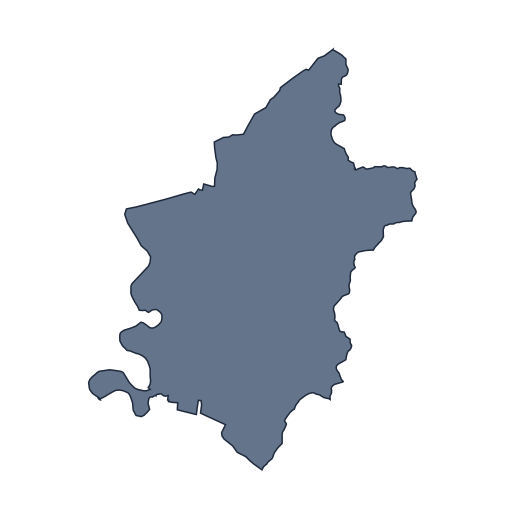 outline of Birchis, Arad, Romania, rotated 275°
{"feature_id": "2599482B17966040812815", "entity_name": "Birchis", "entity_type": "district", "adm_level": 2, "iso_a3": "ROU", "parent_name": "Romania", "parent_adm1": "Arad", "projection": "orthographic", "projection_center": [22.196, 45.958], "detail": "fine", "context": "isolated", "style": "filled", "palette": "slate", "viewbox_px": 512, "rotation_deg": 275, "n_neighbors": 0, "source": "geoboundaries", "source_scale": "gbopen_adm2", "svg_char_len": 6125}
<svg xmlns="http://www.w3.org/2000/svg" viewBox="0 0 512 512"><g transform="rotate(275 256 256)"><path d="M339.2,408.3L340.4,408.3L341.7,407.8L343.3,407.9L345.0,408.6L346.4,409.7L350.0,408.3L351.5,407.5L353.6,407.1L354.6,404.3L356.7,401.9L356.8,401.6L356.8,400.9L356.3,398.9L356.6,395.9L356.8,395.1L356.6,391.4L355.5,389.8L355.4,389.4L355.6,388.5L356.5,386.8L356.7,385.5L356.7,384.5L356.4,383.1L355.8,380.8L355.7,379.9L355.9,378.9L356.8,377.4L356.9,376.8L356.9,375.8L356.7,374.8L355.8,373.5L355.7,373.0L355.8,372.2L355.6,371.5L355.4,366.6L354.1,365.1L353.9,364.7L352.6,360.2L352.2,358.0L353.6,356.0L354.0,354.6L353.7,354.4L353.3,353.3L352.4,351.7L352.0,350.4L350.6,348.4L350.5,347.9L350.8,347.0L351.0,346.8L351.1,347.5L351.6,347.4L353.7,346.2L354.8,345.8L356.4,345.4L357.2,344.8L357.5,344.5L357.5,343.5L358.3,341.4L358.9,340.6L359.6,339.3L361.5,339.4L362.5,339.3L365.8,336.8L368.6,335.4L370.6,334.6L374.4,326.3L375.3,324.8L376.6,323.5L379.2,321.8L380.7,321.3L382.8,320.3L384.4,320.0L388.2,320.1L390.5,321.4L391.4,322.1L392.1,322.9L392.6,323.8L393.7,324.5L396.3,327.7L397.2,329.9L398.6,332.4L399.0,332.7L399.5,332.8L401.2,332.7L402.0,332.5L403.6,331.4L404.1,330.9L404.3,329.4L404.3,327.1L404.3,326.2L405.3,323.7L405.9,322.8L407.2,322.0L408.2,321.9L408.6,322.0L411.1,324.0L412.0,325.2L412.6,325.7L414.7,326.5L417.4,327.1L419.2,327.0L422.8,326.4L425.2,325.5L427.3,325.0L430.3,324.9L433.2,323.3L434.6,323.3L434.5,325.9L439.3,325.7L440.9,326.1L441.9,326.8L443.2,329.2L443.6,329.7L444.5,330.6L446.0,331.2L448.3,331.5L449.7,331.5L450.4,331.3L453.4,329.5L454.6,328.9L456.6,328.6L457.1,328.7L459.4,328.5L459.9,328.4L460.6,328.0L461.0,327.1L463.5,324.2L465.5,320.5L467.6,316.0L467.7,315.1L468.1,314.5L468.5,314.6L461.3,306.6L458.4,300.5L445.8,292.3L446.3,289.6L444.3,286.6L435.4,276.1L425.9,265.7L422.7,265.1L415.7,259.9L413.0,256.7L404.8,253.0L397.3,242.2L385.0,236.6L376.2,232.9L374.8,225.9L374.7,222.1L372.1,218.5L371.3,213.3L365.9,204.5L360.4,205.3L350.5,207.5L345.3,209.3L338.9,209.7L330.0,208.2L321.8,208.6L321.5,206.3L323.2,197.7L316.9,196.9L316.9,194.3L317.8,192.9L312.1,189.7L314.0,185.7L311.9,179.7L303.8,158.6L294.5,132.6L291.6,122.8L286.1,121.6L277.5,125.4L263.5,135.9L256.2,140.8L251.5,147.2L245.9,151.1L240.4,151.0L236.5,149.8L217.5,134.8L215.3,134.1L208.1,134.6L205.7,135.5L199.7,139.2L196.0,142.1L191.8,144.5L191.8,147.7L192.3,150.7L191.0,152.4L190.5,154.0L193.1,157.1L193.9,160.0L193.9,162.0L191.4,165.8L189.1,167.4L185.4,167.7L182.2,167.3L178.9,164.9L176.0,161.4L175.1,159.0L175.3,156.5L178.5,151.5L179.6,149.4L180.0,147.1L175.6,142.3L173.4,137.9L170.6,131.1L168.4,128.3L166.6,127.3L163.5,127.3L159.3,127.9L154.9,130.8L152.3,134.0L150.7,135.7L150.5,138.7L149.4,142.2L148.5,145.5L148.1,148.0L146.8,151.4L144.7,154.7L142.1,156.9L137.7,159.1L134.2,160.4L126.5,161.1L122.6,161.9L119.0,161.7L115.5,160.1L114.0,162.2L112.3,158.9L111.9,156.3L112.6,150.6L113.7,146.9L116.2,143.8L118.8,140.9L125.8,135.8L128.5,133.6L129.3,131.3L129.7,125.6L129.9,120.0L127.4,109.6L125.8,107.7L123.6,105.7L121.4,103.4L118.4,101.2L115.5,100.3L110.6,101.3L108.5,102.0L106.2,103.9L104.4,105.8L101.6,111.0L101.4,110.8L100.1,111.5L99.1,113.1L99.1,113.5L100.6,112.5L100.2,113.4L102.8,117.7L104.4,119.7L107.9,124.7L109.9,127.9L110.3,130.1L110.6,132.1L110.1,135.8L109.2,138.6L108.5,140.5L107.3,141.7L105.0,143.2L98.8,145.9L91.7,147.1L86.7,150.4L86.0,155.6L87.5,158.3L91.1,161.4L93.9,163.4L98.0,162.0L99.2,161.4L102.2,161.4L104.8,161.7L105.9,162.5L106.5,163.9L106.5,165.3L107.0,165.6L108.0,167.4L108.0,168.7L109.2,168.9L109.7,170.0L109.8,171.1L110.4,172.6L110.3,174.0L109.1,175.4L108.6,176.7L108.5,178.5L109.1,179.9L109.3,180.7L104.8,180.5L104.7,181.6L103.3,181.5L102.9,185.5L103.0,190.8L95.9,191.0L92.9,210.1L92.9,210.4L100.9,210.7L107.2,211.2L107.2,213.9L102.9,214.8L94.6,214.4L85.3,240.3L77.0,237.1L73.8,237.8L70.8,240.2L64.9,249.2L58.8,254.4L55.2,263.3L51.1,268.3L48.3,272.4L43.5,280.6L46.6,281.8L48.4,283.4L49.5,284.7L51.7,285.8L55.4,289.5L57.1,290.3L60.1,290.9L61.9,291.6L66.4,294.2L68.6,295.9L71.3,298.2L71.7,298.4L80.4,297.6L82.3,297.7L83.2,297.9L85.6,299.2L90.7,300.9L91.7,300.8L94.2,298.8L94.6,298.8L96.2,299.5L100.0,301.6L102.3,303.1L102.9,303.3L104.2,304.5L106.2,306.6L106.7,307.5L109.5,308.2L110.9,308.7L111.8,309.1L113.2,310.2L116.7,312.2L121.3,317.3L123.3,320.3L124.1,322.0L124.8,324.5L124.6,325.8L123.7,327.9L123.5,329.1L123.2,331.6L122.3,333.0L120.8,336.2L120.5,338.7L120.1,341.3L119.5,342.4L121.0,342.2L122.2,341.8L126.1,343.1L129.1,343.0L130.2,342.5L130.9,342.5L131.9,342.7L132.7,343.1L133.5,343.8L134.9,345.3L138.1,353.5L138.4,353.8L138.6,353.8L140.6,351.7L146.8,348.8L148.0,347.6L149.5,346.4L150.6,345.9L152.1,345.6L153.1,345.7L153.9,346.0L154.9,346.8L155.6,347.5L157.0,349.4L157.8,350.8L160.4,354.4L160.7,354.6L163.2,354.7L167.9,355.5L169.7,356.4L170.1,357.4L172.0,358.4L173.5,358.9L174.3,359.0L175.4,359.0L175.8,358.8L176.9,357.9L177.9,357.4L179.5,357.1L181.0,357.1L181.7,356.5L182.9,354.1L184.0,352.5L187.9,350.5L188.0,347.3L188.1,346.8L188.3,346.4L188.9,345.9L190.2,345.2L194.3,343.7L196.5,342.7L196.9,342.4L197.9,340.9L198.6,340.1L199.7,339.8L201.6,340.0L203.5,339.8L206.3,339.1L209.1,338.0L209.8,337.8L212.7,338.0L220.6,343.9L222.7,345.1L223.2,345.6L224.1,346.8L226.2,351.2L226.5,351.6L227.1,352.0L228.8,352.3L230.4,352.3L233.4,351.4L235.9,351.2L239.1,352.1L240.6,352.1L242.0,351.8L244.6,351.6L245.8,351.8L247.6,351.6L248.1,351.8L250.4,353.2L250.8,353.8L251.9,355.0L253.1,355.8L253.6,355.7L254.3,355.1L257.1,354.1L259.3,354.0L260.1,354.2L261.3,354.8L262.6,354.3L264.2,354.4L264.6,354.3L265.9,355.0L268.2,356.7L269.2,358.5L271.1,365.1L272.0,370.7L272.0,371.6L271.9,372.1L273.3,373.0L274.8,373.6L277.4,375.6L278.3,376.4L279.6,377.2L281.4,378.8L282.5,379.6L283.5,380.1L286.3,381.3L293.1,380.4L296.8,381.3L297.4,381.9L297.6,382.2L298.1,384.0L299.0,385.2L299.3,385.7L299.6,387.0L299.8,389.5L300.0,390.5L301.2,392.2L301.6,393.4L301.8,395.6L303.1,398.9L303.9,403.0L304.5,408.2L307.3,408.5L308.1,408.7L309.3,409.3L312.4,411.4L313.9,411.7L315.5,411.1L316.5,410.5L318.2,409.0L320.3,407.6L323.3,406.5L325.4,406.2L331.8,404.5L332.3,404.5L334.0,405.3L336.7,407.6L339.2,408.3Z" fill="#64748b" stroke="#1e293b" stroke-width="1.5"/></g></svg>